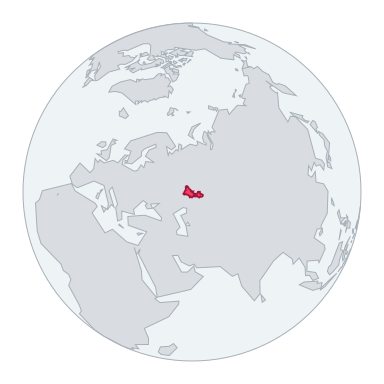 Orenburg on an orthographic globe
{"feature_id": "RUS-2391", "entity_name": "Orenburg", "entity_type": "Region", "adm_level": 1, "iso_a3": "RUS", "parent_name": "Russia", "parent_adm1": "", "projection": "orthographic", "projection_center": [55.668, 52.426], "detail": "fine", "context": "on_globe", "style": "filled", "palette": "rose", "viewbox_px": 384, "rotation_deg": 0, "n_neighbors": 0, "source": "natural_earth", "source_scale": "10m", "svg_char_len": 14115}
<svg xmlns="http://www.w3.org/2000/svg" viewBox="0 0 384 384"><circle cx="192" cy="192" r="169" fill="#eef3f6" stroke="#a8b0b8"/><path d="M187.7,23.1L192.1,23.2L192.7,25.9L188.5,25.4L189.1,26.4L194.4,27.3L197.8,27.7L207.1,34.8L223.8,41.9L231.8,42.6L228.0,44.0L245.0,44.6L255.8,48.9L241.9,45.1L239.1,45.6L245.6,48.9L244.2,50.1L246.6,52.6L244.3,53.9L236.4,52.0L234.8,52.9L239.5,55.2L240.2,58.3L233.5,54.7L234.0,59.8L220.8,58.2L204.8,48.8L195.7,50.3L174.7,47.3L174.9,49.2L167.0,49.8L164.3,52.4L161.2,51.4L161.7,54.4L165.1,54.8L166.5,56.3L165.2,58.0L161.0,56.9L161.0,55.9L159.1,56.5L157.5,55.3L157.6,56.9L152.6,55.6L155.6,59.4L150.0,60.5L147.2,59.0L150.1,55.8L150.8,45.6L148.9,43.7L143.3,43.8L127.3,50.6L124.1,50.1L117.9,51.8L118.5,53.4L123.5,52.7L123.0,56.4L129.2,55.5L129.9,57.0L135.3,57.7L131.7,61.2L125.2,64.4L120.6,64.2L117.6,65.7L119.8,69.1L108.9,72.0L97.9,80.2L95.4,80.7L94.6,75.7L100.4,67.3L99.4,62.0L97.2,69.3L90.9,71.1L88.7,73.1L87.4,75.4L88.6,76.3L85.9,77.9L87.1,71.0L89.6,69.4L89.2,71.5L91.8,67.8L92.6,63.7L89.4,65.2L93.9,58.4L91.7,59.5L91.4,58.9L94.7,57.4L88.9,60.1L93.7,54.7L90.8,56.7L101.5,49.3L112.8,42.8L124.5,37.1L136.6,32.4L149.1,28.6L161.8,25.8L174.7,23.9L187.7,23.1ZM199.5,27.7L194.7,27.2L190.4,26.1L194.6,26.3L199.5,27.7ZM207.4,30.8L204.8,30.7L204.4,29.1L206.0,29.6L207.4,30.8ZM237.9,43.0L234.2,41.5L238.3,42.5L237.9,43.0ZM247.3,52.7L248.8,52.8L249.4,54.0L247.3,52.7ZM137.0,55.8L136.1,56.7L135.6,56.1L137.0,55.8ZM140.1,55.3L140.0,53.9L141.4,53.4L141.4,54.3L140.1,55.3ZM246.5,57.3L246.9,59.5L245.1,56.9L246.5,57.3ZM139.8,57.1L144.0,52.9L146.6,52.2L148.8,55.0L139.8,57.1ZM246.3,60.6L247.6,66.2L251.0,66.7L242.1,68.7L244.0,63.1L241.1,59.7L244.4,61.2L246.3,60.6ZM166.7,54.3L163.1,53.9L167.3,52.7L166.7,54.3ZM169.1,53.2L180.2,48.0L185.0,49.7L180.3,50.9L187.4,52.1L184.3,55.3L179.7,55.5L177.2,53.7L177.9,56.4L169.1,53.2ZM236.9,69.1L236.1,70.3L235.5,68.7L236.9,69.1ZM167.4,56.9L169.2,55.6L173.4,56.9L170.6,59.7L170.1,58.4L167.4,56.9ZM190.8,50.8L193.5,52.4L191.7,55.5L192.5,56.6L184.6,55.6L190.8,50.8ZM168.5,58.9L169.0,61.1L165.9,62.1L165.9,58.2L168.5,58.9ZM175.7,56.1L177.6,56.9L175.6,57.3L175.7,56.1ZM154.9,67.1L157.0,65.4L159.3,65.8L154.9,67.1ZM169.4,61.9L170.5,61.6L171.7,61.6L171.4,63.3L169.4,61.9ZM183.9,57.9L182.6,58.9L187.0,58.4L185.9,60.9L180.8,59.9L182.5,61.3L182.2,62.1L178.5,60.4L183.9,57.9ZM174.6,65.2L167.8,65.0L163.5,68.1L161.2,67.7L168.6,62.8L174.6,65.2ZM177.2,62.5L175.1,64.0L173.4,62.7L173.7,60.8L177.2,62.5ZM186.9,63.0L190.0,59.5L191.0,59.9L186.9,63.0ZM173.7,66.3L175.3,66.3L173.6,66.7L173.7,66.3ZM183.2,64.3L184.2,62.9L185.3,63.4L183.2,64.3ZM177.9,67.6L175.7,67.5L175.8,66.2L177.9,67.6ZM180.6,66.3L181.9,67.2L177.2,65.8L180.8,65.6L180.6,66.3ZM184.1,64.9L185.1,64.7L183.5,65.4L184.1,64.9ZM178.4,72.9L172.5,71.4L172.9,68.3L178.6,70.2L178.4,72.9ZM103.8,336.1L94.4,329.6L79.5,313.8L81.4,310.8L79.3,305.1L68.7,285.5L70.9,279.6L68.5,274.2L63.4,270.6L60.9,263.9L57.9,260.9L41.0,243.5L37.2,230.8L35.5,203.0L39.4,199.7L42.4,190.7L71.4,183.5L75.1,190.9L95.1,203.2L97.2,206.4L92.1,213.0L105.0,232.9L112.4,229.3L126.7,241.8L138.0,245.5L146.7,231.8L128.3,225.3L127.8,216.5L144.7,215.2L161.2,220.9L161.5,217.7L153.3,208.0L159.3,203.4L150.7,204.1L152.5,208.2L147.2,208.9L145.2,205.3L147.4,203.7L143.1,200.6L133.6,209.4L134.4,214.4L121.7,211.1L121.9,219.3L117.6,221.0L115.7,207.8L117.6,204.2L112.3,187.1L109.1,190.6L114.0,207.1L111.4,204.6L107.2,210.0L108.4,203.9L104.0,185.5L94.0,181.1L77.3,187.7L72.3,184.0L69.9,176.2L80.0,163.0L90.0,172.8L93.7,168.7L95.1,158.5L98.1,162.5L99.9,159.7L104.0,163.0L113.2,160.3L117.9,162.9L124.8,155.0L128.1,155.4L123.1,159.8L122.1,164.5L134.2,171.2L137.5,170.5L141.0,164.9L143.9,167.7L145.7,161.5L154.3,162.6L145.4,156.2L149.2,150.0L156.2,147.2L155.8,144.2L144.6,148.8L141.5,151.8L141.4,156.1L131.7,163.9L126.8,163.1L131.0,151.1L124.5,148.9L130.6,140.9L157.3,132.4L166.8,132.8L175.7,146.5L171.6,149.9L166.4,146.5L168.2,155.4L169.5,151.9L171.9,154.3L176.2,149.5L178.1,151.0L178.9,143.9L181.8,145.3L181.2,149.7L189.9,144.2L196.7,145.7L197.7,143.8L197.0,141.2L206.0,145.1L206.4,143.5L203.6,141.6L202.5,137.3L204.2,131.3L207.2,133.0L207.0,135.3L211.2,143.1L210.3,149.4L211.7,149.6L213.2,144.4L208.1,135.0L208.2,130.9L211.3,135.0L210.2,133.2L211.2,131.7L215.1,131.9L212.0,127.3L219.0,110.2L227.2,109.2L229.1,114.5L237.3,105.3L245.9,105.7L243.2,103.8L245.4,98.6L242.7,98.4L241.6,97.1L245.9,84.5L249.2,83.1L248.1,76.3L246.8,75.4L244.2,76.0L242.1,68.7L251.0,66.7L253.6,68.7L257.4,66.4L262.8,71.5L269.0,74.8L272.7,82.3L277.3,84.6L278.3,83.4L285.3,85.9L296.3,95.7L283.1,92.8L265.7,80.7L272.5,85.9L269.7,86.3L271.3,89.2L276.2,93.0L277.5,92.4L278.8,107.8L287.9,122.0L290.4,116.3L295.2,116.7L307.7,129.5L315.4,158.2L321.9,160.2L324.5,164.0L323.7,170.1L319.9,164.7L316.2,166.1L314.1,162.3L311.5,170.7L308.6,165.7L308.0,175.0L311.8,177.2L315.2,171.4L316.0,182.1L323.6,183.8L328.0,191.2L327.2,213.4L321.0,225.7L321.4,228.6L317.1,229.0L314.2,237.8L324.4,245.2L325.1,249.1L319.0,262.6L318.4,260.1L307.1,261.1L306.9,271.2L315.6,272.5L318.6,278.3L312.8,280.4L309.5,275.4L305.5,275.6L305.1,267.4L299.1,258.0L293.1,264.2L292.3,259.1L283.0,252.3L273.7,260.7L259.8,280.8L260.1,293.6L254.3,300.8L241.8,286.1L237.9,273.8L232.3,276.3L220.3,266.6L196.6,267.8L194.2,264.1L189.5,265.9L181.2,261.9L177.9,255.5L172.4,255.5L181.6,272.1L187.5,272.1L193.8,266.1L195.2,271.8L203.3,276.5L190.9,289.4L157.2,297.2L155.6,287.2L138.5,253.8L139.9,250.7L139.9,250.3L139.8,249.5L136.5,254.4L134.2,247.4L141.5,270.9L142.0,279.7L156.7,297.7L154.9,298.8L160.1,302.6L178.9,301.1L178.6,304.2L168.8,316.7L144.3,328.4L148.5,338.2L148.4,344.5L135.3,344.6L138.7,348.8L132.3,347.7L133.4,349.2L129.5,348.6L122.6,346.0L103.8,336.1ZM58.6,193.1L57.1,195.5L58.6,193.1ZM176.9,234.6L187.9,236.3L185.9,225.7L189.9,225.6L187.7,222.2L185.7,225.0L180.8,215.5L186.5,213.0L186.7,208.3L183.0,207.6L173.2,213.8L180.1,227.2L176.4,231.0L176.9,234.6ZM90.9,71.5L90.7,72.1L88.9,74.5L88.8,73.5L90.9,71.5ZM86.5,85.3L82.2,87.5L85.2,85.1L84.2,83.9L89.4,77.5L94.4,80.7L91.2,80.3L86.5,85.3ZM97.7,70.3L93.9,73.7L97.9,69.8L97.7,70.3ZM105.8,141.9L106.0,145.3L102.8,147.6L96.9,145.1L101.5,141.7L105.8,141.9ZM107.2,149.7L113.0,138.9L116.9,140.3L113.7,141.3L115.7,143.3L111.1,145.4L109.3,157.7L106.3,160.6L96.9,153.9L101.6,154.4L101.1,150.9L107.2,149.7ZM120.7,111.7L123.3,107.8L128.5,115.7L125.5,118.5L119.4,115.9L119.3,111.2L120.7,111.7ZM143.0,63.2L143.6,61.8L144.8,62.0L145.2,63.4L143.0,63.2ZM155.7,66.3L141.4,70.0L141.4,68.5L133.1,72.9L129.9,70.7L135.4,67.8L126.7,69.6L130.4,66.1L124.5,67.9L137.1,61.7L140.0,58.8L137.9,62.8L140.8,64.9L142.9,65.0L151.2,63.2L159.0,58.5L163.1,60.1L163.9,62.5L162.7,63.8L160.4,62.3L160.4,65.2L156.1,64.1L155.7,66.3ZM171.2,93.8L169.1,90.7L168.3,97.8L164.1,96.1L164.2,97.1L160.1,97.5L155.4,99.9L153.9,98.5L152.7,100.0L149.9,100.5L147.8,102.2L144.3,100.5L141.4,102.5L141.4,100.6L137.4,104.4L138.8,100.8L135.4,101.3L135.8,104.6L122.1,93.0L115.3,91.4L108.8,92.2L112.1,86.3L120.3,82.0L130.3,79.6L136.4,82.1L136.8,79.2L139.9,79.6L138.3,81.8L142.5,78.8L144.6,79.7L153.5,78.5L158.3,73.9L161.7,73.5L160.8,75.8L164.8,73.8L165.5,77.9L167.9,77.8L170.9,81.8L167.9,86.6L170.8,86.1L173.3,89.4L171.2,93.8ZM179.1,74.1L176.4,79.9L172.8,81.9L168.9,74.0L166.7,73.5L164.1,68.9L169.4,66.1L169.7,67.7L171.1,68.6L168.9,69.1L171.8,69.4L172.2,71.6L174.6,72.4L173.1,74.0L179.1,74.1ZM101.2,205.3L103.1,207.0L106.4,208.6L103.8,212.2L101.2,205.3ZM97.9,192.8L99.9,193.5L97.8,199.0L95.8,197.4L97.9,192.8ZM102.7,189.4L100.1,193.1L100.4,190.2L102.7,189.4ZM125.1,160.3L127.4,160.8L126.9,162.3L124.9,163.7L125.1,160.3ZM168.0,115.6L167.3,113.2L168.5,112.8L170.5,107.6L173.8,108.6L173.8,112.1L168.0,115.6ZM142.6,233.4L138.3,235.3L137.1,233.3L138.8,233.0L142.6,233.4ZM119.4,224.1L123.8,228.4L118.6,225.0L119.4,224.1ZM171.9,115.8L172.3,113.5L173.7,115.4L171.9,115.8ZM176.3,109.1L178.2,110.9L174.4,108.1L176.3,109.1ZM177.2,347.7L169.2,355.5L161.1,354.4L158.3,351.9L160.4,346.9L169.3,346.3L173.4,343.6L177.2,347.7ZM340.8,268.4L342.9,265.4L342.7,265.9L340.8,268.4ZM338.8,270.5L341.4,266.7L338.0,272.1L338.8,270.5ZM342.4,265.3L345.1,260.3L346.2,257.8L345.9,259.0L342.4,265.3ZM336.8,273.2L325.0,286.5L319.9,290.3L321.5,287.5L329.7,279.7L336.8,273.2ZM321.0,287.9L312.8,290.4L299.3,284.8L304.2,282.0L317.9,281.1L317.1,283.3L322.1,282.7L321.0,287.9ZM339.6,259.8L338.7,265.0L332.5,272.2L329.5,274.8L327.4,271.3L328.6,267.1L331.2,264.5L339.3,243.1L342.6,241.7L340.5,249.7L343.0,250.5L339.6,259.8ZM261.0,294.5L265.5,300.0L262.2,302.3L261.0,294.5ZM341.3,230.8L338.9,240.2L340.7,229.6L341.3,230.8ZM341.6,222.1L342.4,224.3L340.5,223.8L341.6,222.1ZM322.6,232.4L319.9,235.7L319.2,233.9L322.2,228.6L322.6,232.4ZM331.4,197.6L333.8,203.3L334.1,205.8L331.7,203.8L331.4,197.6ZM200.7,123.0L194.2,129.0L191.8,134.4L193.8,138.9L188.2,135.2L192.0,126.9L200.7,123.0ZM216.5,111.5L214.6,107.8L217.2,107.9L218.0,108.8L216.5,111.5ZM214.1,110.3L208.5,108.7L208.6,105.7L213.0,107.5L214.1,110.3ZM190.0,111.9L187.9,113.5L186.8,111.9L190.0,111.9ZM344.1,265.6L345.9,261.7L346.4,260.6L344.1,265.6ZM345.9,260.1L349.3,251.8L350.7,248.7L345.9,260.1ZM358.6,220.0L358.7,219.6L356.4,228.7L356.0,228.7L357.2,223.7L355.1,228.7L357.4,220.5L358.0,221.7L359.1,214.2L360.2,207.6L360.4,206.1L358.6,220.0ZM356.6,229.7L356.9,228.4L356.4,230.8L356.6,229.7ZM351.8,240.4L351.6,241.9L350.8,242.7L351.8,240.4ZM352.9,237.4L355.0,233.1L352.6,238.9L352.9,237.4ZM344.5,249.2L345.4,250.5L348.3,244.0L346.1,250.2L347.6,251.5L346.7,254.3L345.3,252.6L344.1,258.8L342.8,260.7L342.5,257.6L344.1,250.1L345.4,245.8L350.3,236.2L344.5,249.2ZM353.1,234.0L352.4,232.2L352.8,228.9L353.6,229.1L353.1,234.0ZM349.7,228.2L347.1,227.8L345.4,232.6L348.2,220.2L350.4,222.6L349.7,228.2ZM346.5,222.3L345.0,226.8L346.1,220.3L346.5,222.3ZM344.2,226.2L343.3,223.6L344.9,221.6L344.2,226.2ZM347.4,220.8L346.5,215.3L347.9,217.0L347.4,220.8ZM340.8,218.0L345.4,217.7L340.6,222.4L337.3,212.9L339.0,209.8L340.8,218.0ZM330.7,161.0L328.5,158.8L329.2,155.4L330.6,157.9L330.7,161.0ZM329.6,143.0L328.7,153.8L327.7,162.7L329.5,162.2L331.9,168.6L327.6,166.8L326.1,156.9L327.4,151.0L324.8,146.1L324.0,139.7L319.7,135.3L318.4,131.4L322.7,133.8L329.6,143.0ZM317.8,133.6L310.1,124.5L312.7,120.5L315.0,121.6L317.5,127.4L315.9,129.1L317.8,133.6ZM309.0,121.2L307.4,122.9L292.7,115.0L290.3,112.4L302.9,115.8L302.1,117.7L305.2,120.5L309.0,121.2ZM237.9,70.9L236.2,70.3L237.8,69.9L237.9,70.9ZM240.1,97.2L238.9,95.4L240.8,94.8L240.1,97.2ZM236.5,90.2L235.2,92.1L235.3,89.4L236.5,90.2ZM232.6,96.7L234.1,92.6L234.5,97.5L232.6,96.7Z" fill="#d9dde1" stroke="#a8b0b8" stroke-width="1"/><path d="M199.9,193.0L200.0,193.4L200.4,193.5L200.7,193.5L200.8,193.6L200.7,193.7L200.7,193.8L200.6,194.0L200.8,194.0L201.6,194.1L201.8,194.4L202.2,194.4L202.3,194.5L202.4,194.4L202.7,194.5L202.9,194.9L203.0,195.0L202.9,195.1L202.7,195.9L202.7,196.1L202.7,196.4L201.6,196.9L201.4,196.9L200.6,196.9L200.4,196.7L200.3,196.4L200.1,196.4L200.0,196.5L199.9,196.7L199.9,196.9L199.8,197.3L199.7,197.4L199.4,197.4L199.2,197.6L199.1,197.4L199.3,197.3L199.3,197.2L199.0,197.1L198.7,197.2L198.1,197.0L197.9,196.9L197.7,196.7L197.4,196.5L197.4,196.4L197.4,196.2L197.3,195.9L197.0,195.9L196.9,195.7L196.7,195.8L196.6,196.0L196.5,195.9L196.2,195.9L195.9,195.8L195.8,196.3L195.8,196.5L195.5,196.4L195.3,196.6L195.1,196.5L195.0,196.2L194.8,196.1L194.8,195.9L194.6,196.0L194.4,196.0L194.2,196.0L193.9,196.0L193.9,196.3L193.7,196.2L193.4,196.1L193.4,196.3L193.2,196.5L192.9,196.5L192.8,196.9L192.8,197.0L192.5,197.2L192.2,197.4L192.0,197.6L191.8,197.4L191.7,197.4L191.6,197.2L191.4,197.2L190.9,196.8L190.9,196.7L190.6,196.5L190.4,196.3L190.2,196.1L189.9,196.2L189.9,196.3L190.1,196.5L190.1,196.8L190.1,197.1L190.1,197.4L190.0,197.5L189.8,197.6L189.7,197.5L189.6,197.4L189.7,196.9L189.8,196.7L189.4,196.5L189.2,196.2L189.1,195.9L188.9,195.8L188.9,195.7L188.7,195.6L188.3,195.5L188.2,195.3L188.2,195.1L187.9,194.8L187.9,194.7L187.7,194.7L187.4,194.6L187.2,194.7L187.0,194.8L186.9,194.7L186.7,194.6L186.3,194.7L186.1,194.6L186.1,194.4L186.0,194.1L185.9,193.8L185.6,193.9L185.5,194.1L185.4,194.1L185.2,194.0L184.9,194.3L184.9,194.6L184.7,194.7L184.5,194.4L184.4,194.5L184.0,194.6L183.9,194.4L184.1,194.3L184.2,194.2L183.9,193.9L183.8,194.0L183.3,193.9L183.2,193.7L183.3,193.4L183.5,193.3L183.6,193.2L184.3,192.7L184.4,192.4L184.3,192.0L184.4,191.9L184.5,191.8L184.6,191.7L184.5,191.3L184.6,191.2L184.8,191.1L185.0,191.1L185.1,190.7L185.2,190.3L185.6,190.2L185.6,189.9L185.8,189.9L185.6,189.7L185.8,189.5L185.8,189.4L185.8,189.2L185.8,188.8L185.7,188.8L185.7,188.6L185.8,188.5L186.0,188.3L186.0,188.2L186.2,187.9L186.4,187.4L186.5,187.1L186.4,187.0L186.4,186.9L186.1,186.9L186.3,186.7L186.2,186.5L186.1,186.4L186.6,186.3L186.6,186.1L186.8,186.2L187.0,186.2L187.3,186.4L187.2,186.4L187.3,186.5L187.5,186.4L187.4,186.4L187.5,186.3L187.6,186.6L187.4,186.6L187.5,186.9L187.5,187.1L187.8,187.1L188.0,187.3L188.2,187.2L188.4,187.7L188.5,188.1L188.8,188.2L188.9,188.3L189.1,188.7L189.2,188.8L189.2,189.0L189.4,189.2L189.5,189.2L190.0,189.2L190.1,189.3L190.1,189.5L190.5,189.5L190.8,190.0L190.9,190.5L191.0,190.6L191.1,190.8L191.3,190.7L191.5,190.8L191.4,191.0L191.5,191.0L191.4,191.2L191.3,191.3L191.5,191.3L191.6,191.5L191.8,191.5L191.7,191.7L191.8,191.8L191.7,192.0L191.8,192.1L192.0,192.2L192.3,192.2L192.5,191.7L192.7,191.4L192.8,191.4L192.9,191.5L193.1,191.6L193.3,191.5L193.2,191.8L193.3,191.9L193.4,192.0L193.4,192.3L193.2,192.5L192.9,192.7L193.0,192.8L193.4,192.7L193.4,192.8L193.5,192.8L193.7,193.1L193.8,193.1L193.8,193.4L193.9,193.5L193.7,193.6L193.7,193.8L194.0,193.9L194.0,194.0L193.9,194.1L194.0,194.2L194.0,194.3L194.2,194.1L194.4,194.0L194.5,194.2L194.6,194.3L194.8,194.5L195.2,194.3L195.2,194.1L195.4,194.0L195.5,194.0L195.6,193.9L195.6,193.7L195.8,193.7L196.0,193.6L196.2,193.8L196.4,193.8L196.5,193.8L196.8,193.9L197.0,193.8L197.3,193.8L197.3,193.5L197.4,193.4L197.4,193.1L197.5,193.0L197.5,192.9L197.4,192.9L197.4,192.7L197.5,192.4L197.8,192.4L197.9,192.2L197.7,192.1L197.7,191.9L197.9,191.9L198.0,192.0L198.3,192.3L198.4,192.2L198.4,191.7L198.5,191.6L198.9,191.8L199.0,191.7L199.2,191.8L199.3,191.8L199.4,191.6L199.5,191.6L199.7,191.8L200.0,191.7L200.1,191.9L200.1,192.2L199.9,192.4L199.9,192.5L199.7,192.7L199.7,192.8L199.8,192.9L199.9,193.0Z" fill="#f43f5e" stroke="#9f1239" stroke-width="1.5"/></svg>